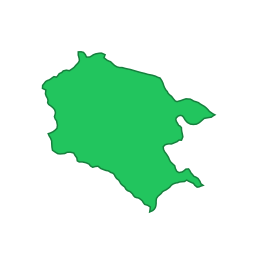 São José do Rio Preto, São Paulo, Brazil (Mercator projection), rotated 125°
{"feature_id": "56859067B4650924298667", "entity_name": "São José do Rio Preto", "entity_type": "district", "adm_level": 2, "iso_a3": "BRA", "parent_name": "Brazil", "parent_adm1": "São Paulo", "projection": "mercator", "projection_center": [-49.362, -20.784], "detail": "fine", "context": "isolated", "style": "filled", "palette": "green", "viewbox_px": 256, "rotation_deg": 125, "n_neighbors": 0, "source": "geoboundaries", "source_scale": "gbopen_adm2", "svg_char_len": 3058}
<svg xmlns="http://www.w3.org/2000/svg" viewBox="0 0 256 256"><g transform="rotate(125 128 128)"><path d="M135.4,221.3L137.2,222.1L139.6,222.2L142.0,222.4L144.6,220.8L144.0,217.1L147.4,215.2L148.9,213.1L149.8,211.1L151.2,209.4L153.4,208.3L154.2,206.5L154.2,203.5L154.4,201.2L155.1,198.6L156.6,196.6L158.3,195.6L160.9,194.8L162.4,192.7L163.1,190.6L164.4,189.3L166.2,187.4L169.0,186.0L171.4,186.4L174.1,187.3L176.6,188.7L178.4,190.1L179.7,188.0L180.7,185.7L182.4,183.1L184.3,181.7L187.4,179.2L189.5,177.1L189.5,173.8L189.3,170.8L188.2,168.8L186.8,167.1L185.2,165.2L182.8,163.9L180.9,161.4L179.6,158.1L180.9,155.5L181.8,152.8L184.0,150.7L183.8,148.5L182.0,146.0L180.5,142.3L179.9,139.3L180.6,136.9L180.4,134.4L178.4,132.8L176.5,130.6L176.8,127.0L175.9,123.4L175.4,121.6L174.4,119.5L174.3,116.5L173.7,114.7L173.9,112.8L175.0,110.8L175.9,108.4L176.0,105.7L176.8,103.8L177.7,102.1L178.1,99.8L178.2,96.9L179.3,94.7L179.6,92.6L178.9,89.6L179.4,86.4L180.2,84.8L180.6,82.7L180.1,81.0L179.3,79.3L179.2,77.2L179.4,74.7L180.2,72.9L181.0,70.6L180.0,67.5L179.9,64.4L182.2,63.1L184.3,62.1L181.5,60.4L179.4,59.9L177.5,60.0L175.7,60.6L173.8,61.6L171.8,63.0L169.4,64.3L166.7,64.3L164.4,63.7L162.7,63.3L160.4,63.2L158.8,62.5L156.7,61.3L154.8,60.6L152.6,59.9L149.9,59.7L147.7,58.8L145.6,57.3L144.3,55.9L142.6,54.8L140.9,52.8L139.4,51.0L137.0,50.1L136.8,47.8L136.2,44.5L135.8,42.6L136.6,40.3L136.8,37.5L135.6,36.1L133.8,35.0L131.9,33.6L131.9,36.3L130.4,38.5L129.2,41.7L129.3,44.1L129.8,46.4L129.1,48.6L128.6,50.8L127.5,52.9L126.8,54.9L128.5,57.0L130.9,57.6L132.9,58.4L135.3,60.7L135.5,63.2L134.0,66.0L132.1,68.1L131.8,70.6L131.3,73.7L130.4,75.6L128.8,78.1L127.8,80.4L127.1,82.3L126.5,84.3L125.3,86.5L123.2,88.4L120.6,88.0L119.0,86.9L117.5,85.4L116.1,83.2L113.6,81.6L110.9,79.9L108.6,79.3L107.3,77.2L103.8,78.0L102.1,79.7L100.0,82.0L98.7,83.2L97.1,84.4L96.6,86.2L96.8,88.1L95.8,90.0L95.0,91.9L93.8,93.6L92.1,94.3L89.2,93.7L87.5,92.2L86.9,90.5L87.3,88.7L88.1,87.0L88.8,85.3L89.4,82.5L89.0,79.1L87.6,76.5L85.5,74.1L83.2,72.9L81.3,72.3L79.2,71.8L76.4,71.1L74.6,69.3L73.0,67.7L71.4,66.0L69.1,65.2L67.4,64.4L67.7,66.7L67.7,69.0L67.7,70.9L67.1,73.1L66.7,75.3L66.5,77.6L66.7,80.2L66.9,82.9L66.8,84.8L67.5,87.3L68.3,89.7L68.4,91.9L68.7,93.7L69.7,95.3L70.8,97.2L73.0,98.9L75.2,100.4L76.7,101.7L78.2,102.9L78.8,104.6L78.2,107.1L77.1,110.5L77.0,112.9L76.6,115.0L75.6,116.8L75.1,118.9L73.9,121.4L72.7,123.2L71.3,125.0L69.9,127.4L68.7,130.4L69.4,132.7L69.8,135.2L70.8,138.3L71.7,140.3L72.7,142.5L73.8,145.8L75.0,148.8L76.3,152.4L78.8,159.8L79.9,162.3L80.8,164.5L81.9,167.6L83.3,169.6L84.2,171.8L84.5,174.8L84.1,177.7L83.7,180.3L84.2,182.3L84.5,184.3L84.2,188.0L81.1,188.8L81.8,192.5L83.1,194.3L85.7,196.9L87.9,198.4L90.1,199.2L92.0,200.2L93.7,202.7L92.3,205.1L91.6,207.8L92.5,210.2L94.2,212.4L96.8,210.6L98.0,209.1L99.3,207.6L101.0,206.3L103.5,206.2L106.6,206.7L109.3,206.9L111.9,207.8L114.7,208.9L116.0,211.7L118.4,213.8L120.5,214.1L122.9,215.5L125.5,215.5L127.3,215.7L128.4,218.1L130.1,218.8L131.8,219.3L133.6,220.0L135.4,221.3Z" fill="#22c55e" stroke="#15803d" stroke-width="1.5"/></g></svg>